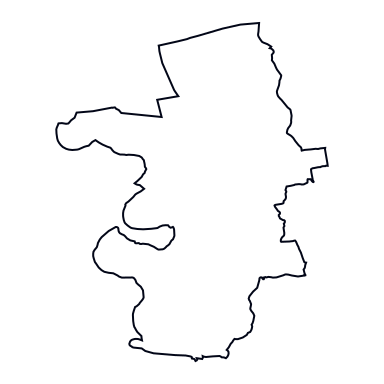 outline of Ploscuteni, Vrancea, Romania
{"feature_id": "2599482B48240980122833", "entity_name": "Ploscuteni", "entity_type": "district", "adm_level": 2, "iso_a3": "ROU", "parent_name": "Romania", "parent_adm1": "Vrancea", "projection": "robinson", "projection_center": [27.264, 46.078], "detail": "fine", "context": "isolated", "style": "outline", "palette": "ink", "viewbox_px": 384, "rotation_deg": 0, "n_neighbors": 0, "source": "geoboundaries", "source_scale": "gbopen_adm2", "svg_char_len": 6032}
<svg xmlns="http://www.w3.org/2000/svg" viewBox="0 0 384 384"><path d="M287.6,107.4L281.4,99.8L280.2,98.7L278.2,96.4L277.6,95.1L277.0,92.9L276.9,91.3L277.3,90.0L279.0,85.3L279.4,82.5L279.5,80.6L280.5,78.6L281.1,76.4L281.2,75.3L277.0,69.6L276.0,67.6L274.3,63.6L271.9,60.3L272.1,58.1L271.8,54.8L273.6,52.6L273.7,51.5L273.3,50.4L271.8,49.0L271.1,48.5L269.8,48.2L271.2,46.6L267.5,44.2L263.4,42.6L262.0,41.8L260.0,39.0L258.5,36.5L258.1,35.2L258.1,34.1L258.5,31.5L259.1,23.0L240.4,24.6L222.6,28.6L198.1,35.8L190.1,37.9L187.0,39.1L177.6,41.4L158.7,45.6L159.0,46.9L159.4,51.1L159.9,53.4L162.3,63.1L174.1,90.0L175.2,91.7L178.3,96.2L157.2,99.8L161.6,117.0L121.3,113.0L118.8,110.1L116.0,108.7L115.1,107.5L114.5,107.4L113.0,107.7L112.4,107.8L112.0,107.6L93.0,111.2L76.6,112.6L74.6,117.7L71.1,120.3L69.0,122.8L68.3,123.5L66.1,123.8L61.9,123.1L58.5,123.4L58.2,124.1L58.0,124.9L56.8,127.6L56.3,129.4L56.5,133.5L57.2,138.4L57.9,140.8L58.4,141.6L59.1,142.9L60.7,145.0L62.8,147.0L66.1,148.8L68.8,149.6L72.3,150.0L77.3,149.6L78.9,149.2L84.3,146.8L86.3,146.2L88.7,145.7L92.2,142.0L95.4,140.1L98.9,142.5L102.6,144.6L107.1,146.6L110.3,147.7L111.1,148.4L112.3,150.1L113.8,151.7L114.5,152.2L118.3,153.9L120.0,154.5L124.3,154.6L126.3,155.0L128.5,154.7L133.9,155.0L139.3,156.0L141.6,157.4L142.1,158.0L142.8,159.1L143.7,160.0L143.9,160.4L144.1,161.6L144.4,162.8L144.7,164.4L144.9,166.8L146.0,168.3L146.3,169.1L145.0,171.5L144.6,173.0L143.1,174.3L141.7,176.9L137.3,181.1L134.6,183.3L135.8,184.1L137.2,184.7L139.8,185.1L144.1,188.8L140.7,191.4L136.6,193.6L135.3,194.5L133.3,197.0L128.5,201.5L126.2,203.1L125.3,204.5L125.4,205.0L125.5,205.6L123.5,210.6L123.1,213.1L123.1,216.0L123.3,217.5L123.8,220.1L124.6,222.4L125.2,223.3L127.5,225.4L130.1,227.3L131.0,227.8L132.2,228.2L137.4,229.0L143.2,229.3L151.2,228.8L156.2,228.2L157.5,228.0L159.7,226.6L162.6,225.5L165.6,225.2L168.1,225.3L169.3,226.9L170.6,227.7L172.1,227.3L172.9,226.9L173.3,227.3L173.9,228.7L174.1,229.7L174.4,235.3L174.3,236.1L173.0,239.3L171.4,240.6L169.4,244.2L167.9,245.5L166.5,246.4L166.2,246.9L164.7,248.3L163.8,248.9L162.7,249.3L158.7,249.6L158.0,249.4L156.8,248.7L153.9,246.8L150.4,245.3L148.4,244.3L142.8,243.7L141.2,244.0L139.9,243.9L138.8,243.1L136.0,243.3L135.2,243.0L134.7,241.4L130.3,240.4L127.0,238.4L125.1,236.2L123.7,235.0L122.1,234.4L119.9,233.2L119.1,232.2L118.6,231.0L118.3,228.4L118.0,227.8L117.4,227.3L116.5,227.0L115.7,227.0L108.7,231.0L101.7,237.1L99.8,239.5L97.9,243.1L97.6,244.7L96.9,247.0L96.2,248.0L94.8,249.6L93.5,251.7L93.2,253.7L93.2,256.1L93.7,258.2L94.8,261.7L95.2,262.5L95.6,262.9L98.7,267.5L101.5,270.1L104.3,271.8L108.7,272.8L113.3,273.3L117.6,275.5L119.1,276.6L121.8,277.6L131.2,277.5L132.0,277.4L133.5,277.8L134.2,278.4L135.4,280.0L136.0,281.6L136.4,282.8L138.0,284.4L140.8,286.7L143.0,290.4L143.6,296.9L143.6,297.5L143.2,298.6L142.0,300.3L139.8,302.9L139.2,304.0L137.2,305.8L136.2,306.5L135.1,307.0L133.8,310.8L133.0,313.7L132.9,315.1L133.2,321.1L133.8,325.1L134.4,327.1L135.2,328.3L135.7,329.4L136.6,330.9L137.4,332.1L141.4,336.0L141.6,338.3L142.0,340.4L139.4,339.4L138.0,339.0L135.8,338.9L134.6,339.0L132.5,339.6L131.4,340.1L130.1,341.5L129.3,343.9L129.7,345.2L130.6,346.0L131.7,346.5L132.3,347.2L133.8,347.6L141.7,348.4L145.3,351.0L153.6,353.3L175.2,355.1L185.6,355.5L189.9,356.3L191.0,356.6L191.8,357.1L191.9,357.5L191.8,358.2L192.0,358.6L193.1,358.7L194.5,359.1L195.5,361.0L196.7,360.4L197.2,359.7L197.4,359.2L196.9,358.2L202.2,359.0L202.9,357.6L202.7,356.1L204.0,356.7L206.0,357.0L212.4,356.4L219.5,356.0L220.7,356.5L221.7,357.3L223.9,357.4L225.9,358.2L227.4,356.7L227.7,356.1L228.3,354.9L228.6,353.5L228.5,351.9L228.3,351.5L227.7,350.6L226.7,349.9L228.8,347.3L230.7,343.8L232.3,342.1L233.2,340.5L234.5,338.9L235.6,339.1L238.0,339.1L242.8,337.5L246.8,334.9L247.9,332.9L250.1,332.0L250.5,331.5L251.5,329.6L252.0,327.7L252.2,326.3L251.6,324.7L252.5,323.3L253.3,320.9L254.3,315.8L253.3,313.4L251.3,310.9L250.4,309.3L250.3,308.3L250.9,305.5L251.1,304.1L249.8,300.8L249.2,300.1L248.7,298.6L249.4,296.3L250.4,295.0L253.1,291.6L257.2,287.8L259.3,280.3L259.5,278.3L259.8,277.9L260.3,277.5L261.0,277.3L261.7,277.5L263.1,279.2L263.7,279.2L264.0,278.8L263.4,277.6L265.4,277.1L265.6,277.3L266.5,277.4L268.4,276.9L271.1,277.2L272.9,277.6L276.5,277.4L283.3,275.3L285.1,274.5L286.0,274.4L288.3,274.6L291.8,275.5L298.0,276.5L303.2,275.7L303.7,275.3L304.3,275.6L305.4,275.3L305.4,274.9L304.6,273.5L303.6,269.5L304.4,268.5L304.8,267.7L305.1,266.3L305.2,265.2L306.1,262.6L304.8,262.4L304.3,262.1L302.7,258.0L300.9,252.6L299.0,248.8L298.4,246.8L297.4,245.0L296.2,242.1L295.2,240.6L294.3,240.6L292.9,241.1L289.3,241.5L281.2,241.8L280.9,241.5L280.8,240.2L281.0,239.3L281.5,238.3L282.0,237.4L283.9,235.6L284.2,234.8L284.3,232.9L283.6,228.4L283.5,227.5L284.4,226.0L283.8,223.7L284.7,222.6L284.9,221.1L284.3,220.3L282.8,220.0L280.0,218.4L279.5,217.1L278.8,216.0L278.8,214.9L279.7,214.1L280.0,213.2L279.9,212.5L279.3,211.8L277.8,210.8L277.1,209.6L275.2,207.1L274.5,205.6L274.7,205.2L275.7,204.8L281.4,203.9L282.8,203.5L283.4,203.1L283.6,202.3L283.6,201.3L283.8,200.9L284.6,200.2L285.6,198.9L285.9,198.0L286.0,196.9L285.5,193.9L285.7,193.2L286.2,192.2L286.3,191.6L286.2,191.2L285.6,190.4L285.5,190.0L286.6,186.5L290.8,185.8L294.2,185.0L295.1,184.5L296.3,184.4L299.0,184.1L301.1,184.3L301.6,184.5L303.7,184.4L307.3,182.7L307.5,182.3L307.5,179.7L307.7,179.2L310.6,179.2L312.0,181.2L312.9,182.0L313.4,182.1L313.6,181.9L313.6,181.6L313.1,180.9L312.5,180.6L312.8,180.2L312.4,179.8L312.6,179.0L311.3,172.2L311.0,169.5L311.3,168.9L313.1,168.1L313.9,168.1L318.2,167.2L320.5,167.1L321.0,166.7L322.7,166.2L325.5,166.1L326.0,165.7L327.7,165.8L327.4,163.3L325.2,150.6L325.0,149.3L325.2,147.9L320.4,148.4L318.1,149.0L315.6,148.8L310.9,149.4L304.7,149.9L301.7,150.6L301.6,150.3L301.4,148.4L300.9,147.3L298.6,145.2L295.3,141.1L293.2,137.9L291.3,136.0L289.8,135.0L288.4,134.2L287.1,133.3L286.9,132.9L286.9,132.2L287.4,129.8L288.2,128.1L290.2,125.5L291.1,122.9L291.2,121.8L291.1,120.4L291.6,115.9L291.5,115.1L290.5,110.0L289.9,109.2L287.6,107.4Z" fill="none" stroke="#020617" stroke-width="2"/></svg>